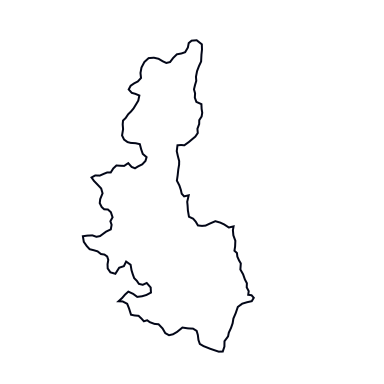 Fortuna de Minas, Minas Gerais, Brazil, rotated 25°
{"feature_id": "56859067B93002410173864", "entity_name": "Fortuna de Minas", "entity_type": "district", "adm_level": 2, "iso_a3": "BRA", "parent_name": "Brazil", "parent_adm1": "Minas Gerais", "projection": "natural_earth1", "projection_center": [-44.511, -19.534], "detail": "fine", "context": "isolated", "style": "outline", "palette": "ink", "viewbox_px": 384, "rotation_deg": 25, "n_neighbors": 0, "source": "geoboundaries", "source_scale": "gbopen_adm2", "svg_char_len": 2873}
<svg xmlns="http://www.w3.org/2000/svg" viewBox="0 0 384 384"><g transform="rotate(25 192 192)"><path d="M169.8,127.4L168.2,123.8L168.8,119.5L167.8,115.9L165.6,112.6L163.4,108.4L157.9,108.5L154.7,105.3L153.1,101.3L150.4,98.1L149.5,93.6L148.9,89.5L146.9,85.9L145.5,80.3L145.1,74.9L145.1,69.9L142.5,63.5L140.9,58.8L138.5,54.0L132.1,52.5L127.7,55.0L126.1,58.4L127.2,62.8L126.7,68.2L123.9,70.9L120.1,73.6L118.3,78.4L117.2,83.5L114.2,85.9L110.2,85.9L105.4,85.4L100.7,86.4L96.1,89.0L93.9,94.3L93.6,100.5L95.0,105.9L97.6,110.2L96.2,114.7L93.7,117.9L91.5,121.6L91.3,125.8L95.5,127.6L99.1,127.0L103.5,126.8L104.7,131.9L104.3,135.7L103.7,141.0L102.7,144.8L101.3,148.5L100.6,153.0L99.3,156.4L100.6,160.0L103.0,164.2L104.7,170.3L108.3,173.2L112.5,174.0L115.7,173.4L120.3,171.6L124.5,170.7L127.9,174.8L131.3,178.3L136.1,179.6L136.7,183.5L135.2,188.0L132.3,191.6L130.3,194.6L126.7,194.8L122.0,192.8L119.5,197.0L115.7,198.6L112.3,199.9L110.7,203.9L110.1,208.6L106.9,210.1L104.3,212.9L101.5,216.1L97.3,217.9L94.8,221.3L98.5,223.4L103.7,225.4L108.2,227.2L111.5,231.0L111.8,237.2L113.1,241.1L116.5,243.8L119.7,244.8L123.2,243.4L127.0,244.6L130.7,248.5L130.4,253.0L133.0,255.7L134.2,260.2L130.9,264.2L129.1,267.5L127.3,270.8L124.3,273.0L120.1,273.4L115.5,275.8L111.8,278.2L115.0,282.9L119.5,285.5L123.4,287.1L127.5,286.3L131.5,285.7L135.7,286.7L139.1,285.7L142.4,286.3L144.8,288.9L146.0,293.2L147.9,296.9L152.0,299.3L157.1,298.5L158.0,291.4L161.6,288.0L161.7,282.9L167.1,283.9L170.2,288.4L173.0,291.5L176.0,294.5L179.5,295.8L182.7,297.7L186.6,296.9L189.4,293.6L194.9,296.0L197.3,300.5L194.2,304.6L190.8,307.6L186.7,310.2L181.7,309.2L176.4,309.2L174.7,313.2L173.5,317.5L171.6,322.1L175.4,320.5L180.5,320.7L184.2,324.2L188.6,329.0L192.0,328.2L195.9,326.8L200.0,328.2L203.0,329.5L205.6,327.2L208.8,327.8L213.7,327.4L217.6,326.0L223.0,328.1L227.4,331.2L231.7,331.5L234.9,329.0L237.6,325.1L240.6,318.9L246.0,317.3L250.7,315.4L254.9,315.9L257.7,319.1L260.4,323.4L263.3,326.4L267.6,326.8L271.0,326.6L274.7,326.4L279.3,325.9L283.7,325.4L287.3,323.6L286.7,318.4L284.5,313.5L285.7,307.6L284.8,303.9L284.8,298.7L284.3,293.8L283.0,289.2L282.8,283.3L282.1,276.8L284.7,272.0L288.4,268.7L292.3,265.7L292.7,261.8L289.6,260.4L286.4,261.4L285.3,257.9L281.9,255.3L280.3,251.5L276.9,248.9L273.1,245.0L268.6,241.8L266.4,236.1L263.5,234.1L260.4,231.4L258.5,228.3L255.3,227.3L254.1,223.2L251.9,217.9L247.8,213.8L245.2,209.3L244.2,205.6L240.4,208.6L234.8,207.8L230.5,207.8L225.5,208.6L221.4,213.2L218.5,216.7L215.4,218.5L211.5,219.8L207.9,217.3L204.3,215.7L199.7,215.7L196.1,210.5L193.7,206.1L191.8,202.9L190.4,196.4L186.7,199.3L183.4,197.9L181.0,194.8L177.8,191.4L173.5,188.1L172.0,183.1L170.0,177.2L168.8,172.8L167.3,169.4L163.9,165.3L160.9,161.4L159.1,155.8L162.3,154.0L165.3,152.9L168.0,148.1L169.8,144.2L171.6,140.4L172.3,136.1L170.2,132.4L169.8,127.4Z" fill="none" stroke="#020617" stroke-width="2"/></g></svg>